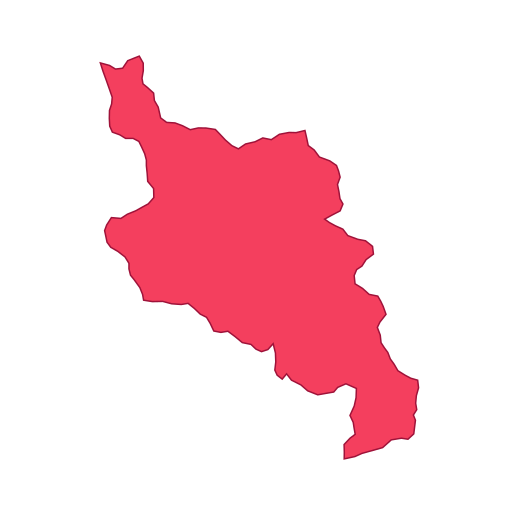 Alto Jequitibá, Minas Gerais, Brazil, rotated 84°
{"feature_id": "56859067B47347238536955", "entity_name": "Alto Jequitibá", "entity_type": "district", "adm_level": 2, "iso_a3": "BRA", "parent_name": "Brazil", "parent_adm1": "Minas Gerais", "projection": "robinson", "projection_center": [-41.949, -20.439], "detail": "fine", "context": "isolated", "style": "filled", "palette": "rose", "viewbox_px": 512, "rotation_deg": 84, "n_neighbors": 0, "source": "geoboundaries", "source_scale": "gbopen_adm2", "svg_char_len": 2298}
<svg xmlns="http://www.w3.org/2000/svg" viewBox="0 0 512 512"><g transform="rotate(84 256 256)"><path d="M467.0,189.5L465.8,178.6L463.4,171.3L459.8,150.1L453.0,140.7L452.4,130.4L454.1,124.0L449.4,117.7L436.0,114.6L430.6,116.1L425.6,112.2L419.1,112.6L411.6,111.1L404.1,108.1L396.4,108.2L393.7,114.9L390.2,120.1L384.9,126.9L378.0,130.0L372.4,133.2L365.7,135.0L360.8,137.9L355.3,140.7L347.7,140.7L339.7,142.8L334.6,139.6L327.6,132.8L319.4,134.8L314.0,136.7L308.6,139.1L306.0,147.5L299.4,153.4L294.0,160.4L285.7,160.4L280.0,157.3L277.1,151.7L271.1,146.9L266.4,139.0L258.6,139.1L252.3,145.5L250.0,153.1L245.3,162.6L238.4,166.8L234.2,174.0L230.4,179.5L226.5,183.9L223.2,176.0L219.9,167.6L213.4,164.1L207.8,166.5L200.6,166.8L193.4,167.5L186.4,164.1L180.1,165.0L174.4,166.5L169.1,172.7L164.2,182.6L156.6,187.1L151.6,192.5L143.8,193.3L136.3,194.2L137.5,203.2L136.6,210.1L137.4,220.0L141.9,228.6L139.3,236.9L142.3,245.0L143.5,254.7L147.6,262.3L143.8,268.4L137.5,274.3L131.3,279.0L125.9,283.2L123.5,292.4L122.6,300.0L123.5,308.2L118.8,315.4L115.2,322.6L113.8,330.9L108.7,336.4L97.7,337.7L90.8,340.8L83.3,340.8L77.1,346.3L73.0,350.4L67.3,350.8L59.9,348.7L52.4,348.0L45.0,351.2L48.3,363.1L55.3,369.0L55.4,376.2L51.2,381.7L47.7,390.6L56.0,388.9L66.1,386.4L74.5,384.4L83.1,382.4L89.7,383.7L95.9,386.5L103.8,387.5L111.6,387.9L117.8,385.9L121.2,378.9L125.4,373.4L126.2,365.9L129.8,360.5L135.8,358.3L142.7,356.0L149.1,355.0L154.8,355.6L162.5,355.6L170.5,355.9L178.2,350.8L187.2,351.5L192.9,357.7L195.3,363.5L198.5,371.0L201.0,379.6L204.5,386.4L202.7,395.8L209.6,401.3L214.9,403.9L220.6,403.3L226.7,402.7L232.2,399.5L236.9,393.0L243.2,386.4L250.0,383.1L255.6,383.7L262.0,382.8L266.9,379.6L275.3,374.8L282.4,372.8L288.2,372.4L290.5,363.9L291.4,353.5L294.7,344.9L296.4,335.4L296.0,328.5L301.5,323.0L308.0,317.5L311.8,311.6L318.2,308.6L326.2,305.8L328.3,298.9L327.9,291.8L334.0,285.2L340.7,278.7L343.4,270.2L348.6,265.8L351.7,260.5L350.3,254.0L345.0,248.1L354.5,246.8L363.4,247.4L371.4,249.2L376.8,247.4L381.2,242.8L376.4,237.9L383.2,233.7L388.9,224.8L395.5,218.7L400.5,209.1L399.9,200.5L399.4,192.9L395.2,188.5L392.5,179.9L398.2,170.0L407.4,171.3L415.5,174.0L424.4,179.2L431.6,176.7L437.8,176.4L443.7,176.0L447.0,181.5L452.7,188.1L460.4,188.7L467.0,189.5Z" fill="#f43f5e" stroke="#9f1239" stroke-width="1.5"/></g></svg>